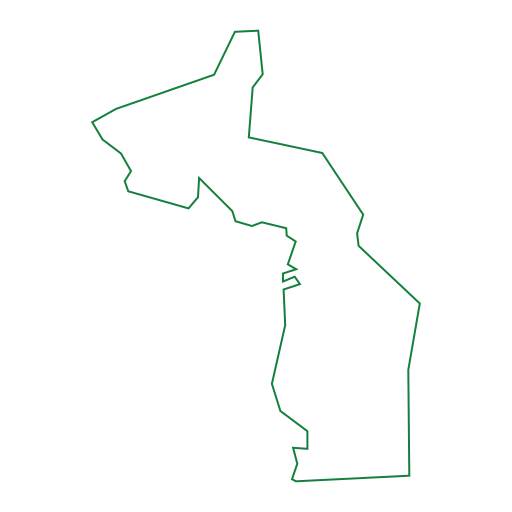 Jur River, Western Bahr el Ghazal, South Sudan (orthographic projection)
{"feature_id": "79223893B97545569096613", "entity_name": "Jur River", "entity_type": "district", "adm_level": 2, "iso_a3": "SSD", "parent_name": "South Sudan", "parent_adm1": "Western Bahr el Ghazal", "projection": "orthographic", "projection_center": [27.953, 7.62], "detail": "fine", "context": "isolated", "style": "outline", "palette": "green", "viewbox_px": 512, "rotation_deg": 0, "n_neighbors": 0, "source": "geoboundaries", "source_scale": "gbopen_adm2", "svg_char_len": 720}
<svg xmlns="http://www.w3.org/2000/svg" viewBox="0 0 512 512"><path d="M234.9,31.8L214.1,74.7L116.0,108.9L92.2,122.2L102.6,139.6L121.0,153.5L131.0,171.1L124.7,181.2L128.3,191.3L188.5,208.4L198.0,197.2L199.1,178.0L232.3,211.1L235.5,221.2L251.9,226.0L261.9,222.3L286.2,228.2L286.7,235.6L295.7,241.5L287.8,264.4L296.2,269.2L283.0,273.5L283.0,281.5L294.7,276.7L299.9,284.1L283.6,289.5L285.2,325.2L271.9,383.8L280.4,411.0L307.4,431.2L307.4,448.8L293.1,447.8L297.3,463.7L292.0,479.2L296.0,481.3L409.3,475.7L408.3,369.8L419.8,303.5L378.2,264.3L358.6,245.8L357.1,233.3L363.2,214.6L327.1,160.3L322.3,153.0L322.2,153.0L248.8,137.4L252.7,87.4L262.7,74.2L258.2,30.7L234.9,31.8Z" fill="none" stroke="#15803d" stroke-width="2"/></svg>